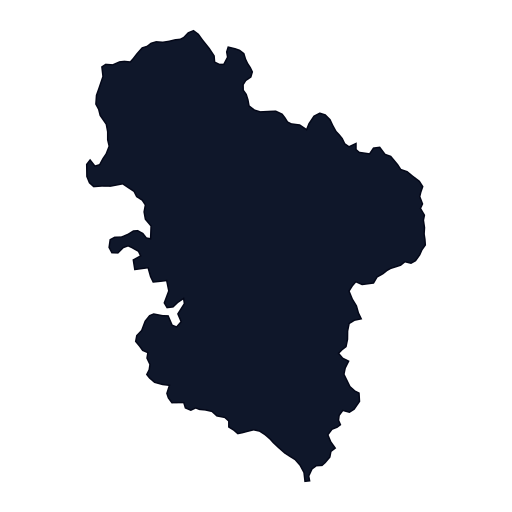 Fartura, São Paulo, Brazil
{"feature_id": "56859067B5459556715970", "entity_name": "Fartura", "entity_type": "district", "adm_level": 2, "iso_a3": "BRA", "parent_name": "Brazil", "parent_adm1": "São Paulo", "projection": "robinson", "projection_center": [-49.525, -23.4], "detail": "fine", "context": "isolated", "style": "filled", "palette": "ink", "viewbox_px": 512, "rotation_deg": 0, "n_neighbors": 0, "source": "geoboundaries", "source_scale": "gbopen_adm2", "svg_char_len": 3184}
<svg xmlns="http://www.w3.org/2000/svg" viewBox="0 0 512 512"><path d="M185.4,407.9L190.8,410.2L195.7,407.9L199.4,409.4L205.2,409.9L212.0,411.4L216.9,415.9L224.8,417.4L228.8,421.0L228.8,427.0L233.8,430.1L237.8,433.6L242.3,432.7L247.5,431.3L253.6,429.8L259.6,431.1L265.0,434.6L270.2,439.1L273.3,442.6L278.3,447.3L284.9,453.1L290.5,456.7L295.2,459.6L300.1,465.2L304.0,472.5L305.0,481.3L309.6,480.8L308.7,476.0L312.0,468.9L316.3,465.7L322.0,465.4L325.2,462.5L329.8,457.1L330.9,451.4L335.2,448.1L330.7,441.8L327.8,434.8L332.0,429.2L337.1,427.2L340.4,424.7L338.5,420.3L339.1,415.4L342.8,410.4L349.4,412.2L354.1,409.2L359.5,401.4L359.0,393.1L354.9,391.1L349.9,386.6L346.1,378.8L343.9,374.3L345.2,368.0L348.6,361.2L342.6,358.2L338.5,353.3L341.9,349.8L346.0,346.6L347.5,339.3L347.6,331.0L349.1,323.5L354.5,320.2L361.2,318.8L358.4,313.0L356.4,305.9L352.3,299.2L349.0,291.1L352.3,285.8L355.8,281.7L362.1,284.5L373.5,283.0L377.0,277.0L382.9,273.7L386.9,270.5L390.6,268.4L396.0,266.7L400.6,265.2L404.9,261.7L411.0,263.2L415.5,260.7L419.7,254.8L421.9,249.8L425.3,245.0L424.9,239.3L424.1,234.0L424.5,227.7L423.4,220.2L424.4,215.2L420.4,208.4L422.5,203.9L419.7,196.6L420.8,192.1L422.7,186.6L419.3,181.3L412.3,176.0L407.1,171.7L400.7,169.5L397.6,164.7L390.7,156.4L385.0,154.4L379.7,147.3L373.5,148.1L369.6,153.9L359.2,152.4L356.0,149.6L356.0,143.5L349.0,146.8L344.7,143.8L342.2,138.6L339.3,135.0L336.0,131.5L332.6,125.3L330.0,119.7L325.2,114.9L319.8,113.2L314.0,116.2L309.0,123.7L306.6,129.7L299.7,125.0L291.2,123.9L287.5,122.0L284.8,117.7L282.1,114.2L275.7,111.2L270.2,111.4L260.3,111.9L254.4,110.1L249.0,105.9L247.9,99.8L246.2,94.4L243.2,90.2L243.1,84.6L245.7,80.5L250.8,77.0L252.3,71.9L250.3,67.7L247.5,63.4L245.5,59.2L243.8,53.6L239.5,50.3L235.2,48.8L228.2,47.1L226.7,51.9L227.6,57.2L223.8,64.4L219.3,64.4L214.6,62.1L214.1,55.9L209.2,48.5L202.4,40.0L198.3,34.3L193.5,30.7L188.3,32.8L183.8,37.5L180.3,39.3L175.3,39.8L169.1,41.3L162.8,42.3L156.2,41.8L151.1,43.3L147.1,46.4L142.2,47.9L137.0,53.8L133.3,58.6L130.3,62.0L124.4,61.4L119.6,61.9L112.7,64.9L105.7,64.4L101.9,66.9L103.0,76.5L98.9,88.6L96.5,95.3L95.9,104.1L98.7,109.3L100.2,115.4L106.3,124.2L107.7,131.8L107.7,139.8L109.2,146.2L106.2,153.9L103.0,158.6L99.7,164.7L94.9,166.1L90.1,160.0L86.7,164.4L86.9,176.5L89.5,182.8L93.7,186.6L101.7,186.0L110.6,186.1L122.7,183.8L129.1,188.1L134.1,191.4L136.7,196.6L142.2,200.1L145.4,204.9L144.1,211.9L145.4,219.2L151.1,226.0L150.6,238.8L146.3,238.0L142.9,233.6L137.7,230.7L133.4,231.0L128.1,234.3L121.4,237.1L114.7,237.3L110.2,239.7L109.1,247.4L111.9,252.7L117.9,252.9L123.2,247.6L128.1,245.8L132.0,247.6L138.5,251.3L140.7,255.9L133.3,259.9L134.8,269.5L148.1,267.7L150.6,276.6L153.2,282.0L160.1,281.3L166.7,280.5L168.8,290.9L164.3,302.9L167.1,307.6L173.0,306.9L177.7,302.4L183.6,298.4L184.4,303.6L177.9,313.9L181.2,321.7L176.6,327.0L172.1,325.2L168.1,315.9L162.4,315.7L153.7,314.0L149.6,315.7L145.2,321.2L141.7,330.5L136.8,335.6L135.7,341.4L139.6,346.1L142.7,350.4L147.9,352.6L147.0,358.1L150.0,364.4L149.2,369.8L146.8,374.5L149.6,378.0L154.6,382.3L162.6,384.5L169.5,385.3L166.9,393.4L168.4,397.9L171.9,402.7L178.6,402.6L183.8,402.6L185.4,407.9Z" fill="#0f172a" stroke="#020617" stroke-width="1.5"/></svg>